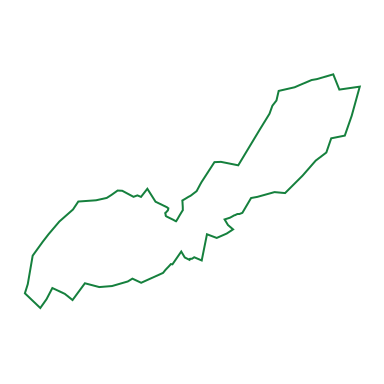 outline of Bugat, Bayan-Ölgiy, Mongolia, rotated 99°
{"feature_id": "93677404B60998185395331", "entity_name": "Bugat", "entity_type": "district", "adm_level": 2, "iso_a3": "MNG", "parent_name": "Mongolia", "parent_adm1": "Bayan-Ölgiy", "projection": "robinson", "projection_center": [90.024, 49.009], "detail": "fine", "context": "isolated", "style": "outline", "palette": "green", "viewbox_px": 384, "rotation_deg": 99, "n_neighbors": 0, "source": "geoboundaries", "source_scale": "gbopen_adm2", "svg_char_len": 1738}
<svg xmlns="http://www.w3.org/2000/svg" viewBox="0 0 384 384"><g transform="rotate(99 192 192)"><path d="M258.1,171.7L231.4,170.6L233.5,160.4L227.6,151.2L222.5,145.6L219.0,151.3L214.0,155.5L211.4,150.4L209.7,148.2L208.4,146.6L208.0,145.6L207.2,144.6L206.6,143.6L206.3,141.7L204.7,139.0L188.7,132.7L186.6,126.7L179.2,110.5L178.5,99.9L158.6,85.4L141.6,74.7L132.0,65.5L117.2,62.9L112.4,49.9L91.8,46.2L61.7,42.8L67.8,62.5L53.7,70.9L61.0,86.4L62.7,91.4L69.3,102.0L72.5,107.0L78.6,122.2L88.4,122.9L94.2,126.1L102.6,127.7L119.4,134.7L158.4,150.5L157.7,168.1L159.0,174.5L177.7,182.8L180.6,184.1L183.3,185.1L189.1,187.1L189.9,187.4L190.3,187.5L191.1,188.2L193.5,190.5L194.9,191.8L196.0,192.9L196.8,194.0L197.4,194.8L199.7,197.5L201.9,200.2L202.5,200.0L202.9,200.0L203.5,199.8L205.4,199.4L208.1,198.8L211.0,198.3L211.3,198.2L214.1,199.4L217.3,200.7L220.5,201.9L223.4,203.1L223.4,203.4L222.4,206.1L221.5,209.0L221.3,209.7L220.6,211.9L220.3,212.9L219.9,213.9L219.4,214.3L218.9,214.4L218.2,214.6L217.6,214.9L217.2,215.1L216.8,215.1L216.6,215.0L216.3,214.5L214.5,213.4L214.2,213.1L213.6,212.9L212.6,212.8L211.8,212.8L211.5,213.5L211.0,214.3L207.3,226.5L195.8,236.6L204.8,241.6L203.9,245.4L205.9,249.0L201.7,261.1L202.2,265.7L207.5,271.1L211.2,275.3L215.2,285.5L219.2,302.8L227.9,306.8L241.9,318.4L256.2,327.1L264.6,331.7L279.8,339.4L308.7,339.8L318.2,341.2L330.3,323.7L320.6,318.9L308.7,314.9L312.5,301.7L317.4,293.1L298.9,283.5L300.4,268.7L297.4,256.3L290.4,241.4L286.9,237.3L289.6,228.0L276.4,207.9L273.2,206.1L271.0,204.6L269.6,203.6L267.3,202.1L266.5,201.6L266.5,200.0L252.5,193.3L257.8,188.9L259.4,183.9L258.5,183.8L258.2,183.3L258.3,182.7L258.0,182.1L257.9,181.5L256.1,179.6L258.1,171.7Z" fill="none" stroke="#15803d" stroke-width="2"/></g></svg>